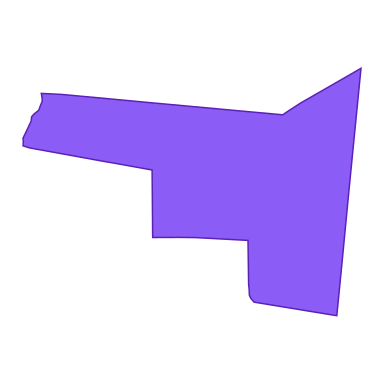 outline of Afonso Bezerra, Rio Grande do Norte, Brazil
{"feature_id": "56859067B75768156452163", "entity_name": "Afonso Bezerra", "entity_type": "district", "adm_level": 2, "iso_a3": "BRA", "parent_name": "Brazil", "parent_adm1": "Rio Grande do Norte", "projection": "equal_earth", "projection_center": [-36.685, -5.484], "detail": "fine", "context": "isolated", "style": "filled", "palette": "violet", "viewbox_px": 384, "rotation_deg": 0, "n_neighbors": 0, "source": "geoboundaries", "source_scale": "gbopen_adm2", "svg_char_len": 639}
<svg xmlns="http://www.w3.org/2000/svg" viewBox="0 0 384 384"><path d="M23.1,145.9L29.9,148.0L104.9,161.6L107.4,162.0L152.1,170.0L152.5,217.7L152.6,232.4L152.7,237.5L179.8,237.4L195.8,237.6L242.2,240.1L248.0,240.4L248.6,284.5L249.1,288.8L249.4,295.4L250.9,298.5L254.2,302.2L318.4,312.7L336.8,315.7L338.8,295.5L342.6,256.7L348.5,195.1L361.0,68.3L300.3,103.2L291.1,109.2L288.3,111.0L282.7,114.8L223.5,109.4L145.2,102.2L124.0,100.2L64.7,94.7L61.3,94.4L41.3,93.4L42.2,98.6L42.1,101.7L40.5,105.4L38.8,110.2L34.0,114.1L31.6,116.8L31.2,121.0L25.0,134.1L23.0,138.2L23.3,141.4L23.1,145.9Z" fill="#8b5cf6" stroke="#5b21b6" stroke-width="1.5"/></svg>